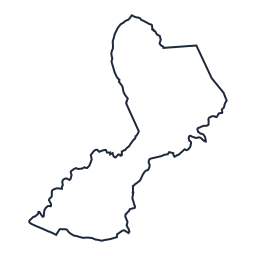 the district of La Magdalena Tlatlauquitepec, Puebla, Mexico
{"feature_id": "50627088B24102510221280", "entity_name": "La Magdalena Tlatlauquitepec", "entity_type": "district", "adm_level": 2, "iso_a3": "MEX", "parent_name": "Mexico", "parent_adm1": "Puebla", "projection": "equal_earth", "projection_center": [-98.104, 18.743], "detail": "fine", "context": "isolated", "style": "outline", "palette": "slate", "viewbox_px": 256, "rotation_deg": 0, "n_neighbors": 0, "source": "geoboundaries", "source_scale": "gbopen_adm2", "svg_char_len": 4905}
<svg xmlns="http://www.w3.org/2000/svg" viewBox="0 0 256 256"><path d="M226.7,100.7L223.6,92.8L211.7,78.2L197.3,47.5L196.4,45.5L163.4,47.9L163.2,46.6L161.4,45.7L160.3,44.6L159.8,44.0L159.6,43.0L160.0,42.0L160.4,40.7L160.8,39.7L160.3,38.2L159.9,36.2L158.3,35.1L157.0,34.6L156.2,33.2L155.4,31.6L154.5,31.0L153.8,30.8L153.7,29.9L153.3,29.5L152.7,29.8L152.2,29.4L152.3,28.5L152.2,27.8L152.2,27.1L152.1,26.3L152.0,25.5L151.8,25.0L150.9,24.4L149.6,24.1L148.3,23.5L147.0,22.7L145.8,22.1L144.2,21.2L143.1,20.7L142.0,20.1L141.4,20.0L141.0,19.6L140.5,18.8L140.0,18.2L139.1,17.9L138.3,17.5L137.1,17.6L136.2,17.3L134.8,16.8L133.9,16.5L132.7,15.7L131.6,15.4L130.7,16.9L129.5,18.5L128.3,19.7L125.4,20.9L123.4,22.7L120.6,24.3L117.8,27.9L116.3,30.9L115.2,33.1L114.4,35.0L114.0,37.2L112.7,41.5L113.0,46.1L112.8,48.9L111.8,51.0L111.3,53.8L111.7,56.0L112.3,58.7L111.5,61.7L113.3,67.7L114.5,72.0L116.9,77.2L119.5,80.0L118.9,81.7L122.2,86.0L122.7,87.7L123.5,91.9L124.8,94.6L127.8,98.6L126.8,100.9L126.3,102.0L126.6,102.2L126.4,102.9L126.2,103.5L138.8,131.3L138.4,132.3L138.0,133.3L137.5,134.1L137.1,134.7L136.5,135.6L135.5,136.3L135.4,137.7L134.7,139.0L134.0,139.3L133.0,140.5L131.7,142.3L130.6,143.8L128.9,146.5L127.1,147.7L126.2,148.7L125.2,150.0L123.5,150.5L122.8,151.1L121.8,151.5L121.9,155.0L121.0,155.7L120.4,155.7L120.1,155.2L119.9,154.7L119.3,154.7L118.7,154.5L118.1,154.7L117.7,155.2L117.1,155.8L116.2,156.8L115.2,157.5L113.6,156.4L112.6,153.1L110.2,154.4L110.1,152.5L109.3,152.8L108.3,152.5L107.0,152.6L106.6,151.6L106.1,150.3L105.6,149.9L104.3,150.1L102.5,150.5L99.2,151.8L97.1,149.7L95.3,150.0L93.8,151.1L90.8,155.0L91.2,156.9L91.7,158.9L91.4,160.3L90.5,162.8L89.3,165.8L87.2,167.9L86.2,168.0L84.4,167.3L82.0,168.6L81.9,168.6L78.1,169.0L76.2,168.1L74.1,168.9L70.9,171.3L70.7,172.2L71.6,175.1L70.4,179.2L69.5,179.9L67.2,178.8L67.0,178.5L65.3,178.5L63.2,179.7L62.2,181.6L62.8,185.1L61.8,187.3L61.9,188.8L59.1,188.5L57.2,188.3L55.9,188.5L54.4,189.1L53.0,189.8L52.8,189.9L52.2,190.5L51.8,191.8L51.8,193.2L51.8,195.0L51.8,196.1L51.4,197.0L49.9,198.3L49.2,199.2L49.0,200.3L49.6,201.3L50.3,202.6L51.0,204.0L51.0,205.7L50.7,206.3L49.1,206.0L47.8,206.1L47.1,206.7L45.7,208.0L45.1,209.0L44.6,209.7L44.1,211.9L43.9,214.5L43.6,216.4L42.9,216.8L42.2,216.2L41.5,215.2L39.9,212.6L39.5,212.0L38.9,211.8L38.4,211.9L38.2,213.5L37.6,214.3L36.5,215.2L35.6,216.1L35.0,216.4L34.6,216.7L33.8,216.7L33.2,217.0L29.3,220.7L29.3,221.8L29.7,222.7L31.6,224.0L34.0,225.1L37.1,226.5L37.6,226.7L43.1,229.0L43.9,229.4L45.8,230.2L48.5,231.5L49.3,231.6L50.7,232.2L52.9,233.2L56.1,234.9L59.7,229.2L65.9,229.3L67.0,229.8L69.0,232.4L70.6,233.6L71.2,234.0L73.9,235.6L76.5,236.0L81.0,237.4L82.7,237.7L84.1,237.9L85.6,237.6L87.9,237.6L90.0,237.8L90.6,237.8L92.4,238.2L94.7,239.2L95.3,239.5L96.9,239.7L98.7,240.0L100.0,240.4L101.4,240.6L102.6,240.6L104.3,240.1L110.6,239.0L116.9,237.1L117.2,234.1L118.8,233.2L121.4,231.3L123.3,230.3L124.5,230.4L128.5,233.0L129.4,231.7L128.6,228.9L127.6,227.6L127.5,227.0L126.6,225.5L127.2,223.4L127.5,221.8L125.3,216.6L125.4,215.1L125.6,214.1L126.5,213.7L127.7,212.0L128.8,211.3L129.7,209.3L131.1,208.8L134.7,207.9L135.0,206.9L134.8,205.6L134.4,205.2L133.6,202.4L133.1,200.3L132.5,199.3L132.5,197.0L133.3,192.6L132.7,192.5L132.8,192.0L132.9,191.6L133.0,190.6L133.0,190.1L132.9,186.0L133.8,185.5L135.1,184.2L137.1,182.8L139.3,181.1L140.2,180.2L142.9,174.4L143.7,173.3L144.5,171.9L146.3,170.4L148.0,170.0L148.9,168.4L149.5,166.7L149.6,164.9L148.7,162.7L148.7,161.4L149.0,160.2L149.6,159.1L151.4,158.4L154.1,157.8L161.9,156.0L163.8,154.9L167.8,154.2L169.2,152.1L173.3,153.2L173.4,154.9L174.5,156.7L176.1,155.9L177.3,155.0L178.4,154.9L181.7,152.0L184.6,149.3L186.7,150.2L187.6,149.7L188.4,149.2L189.2,148.2L190.0,147.2L190.6,145.8L190.8,144.2L191.0,143.4L191.0,142.7L190.9,142.0L190.7,141.6L189.8,141.0L189.3,140.7L189.1,140.1L189.0,139.4L188.8,138.5L188.8,137.7L188.8,137.1L189.2,136.4L189.5,136.0L190.7,135.8L191.4,136.4L192.7,136.9L193.6,137.2L194.9,137.6L196.1,137.9L197.4,137.8L198.7,137.3L200.4,137.7L202.0,139.0L202.9,140.0L203.8,140.6L204.5,141.2L205.8,141.5L205.7,140.1L205.3,138.1L205.0,137.0L204.3,135.8L203.7,135.0L203.0,134.3L202.0,133.9L201.0,133.7L199.7,133.0L199.1,132.4L198.3,132.1L198.1,131.5L197.9,131.1L197.7,130.5L197.6,129.9L197.4,129.3L197.7,128.3L198.8,127.8L199.9,127.4L201.0,126.8L202.6,126.2L203.5,125.9L204.3,125.8L205.3,125.8L206.1,125.8L206.8,125.7L208.2,125.0L208.6,124.2L208.6,122.6L208.6,121.6L208.6,120.7L208.5,120.0L208.4,119.4L208.6,118.7L209.0,118.0L209.4,117.5L210.3,117.1L211.1,116.7L211.7,116.3L213.0,116.2L214.1,116.3L215.0,116.4L215.6,117.0L216.5,117.1L217.4,116.1L217.9,114.9L218.3,114.2L218.9,113.4L219.6,113.4L220.2,113.1L220.9,113.0L222.0,113.0L222.3,112.5L222.1,111.0L221.9,110.2L221.9,109.4L222.5,108.8L223.6,107.9L224.1,106.8L224.4,105.7L224.5,104.8L224.8,103.9L225.2,103.1L225.4,102.5L225.8,101.9L226.2,101.3L226.7,100.7Z" fill="none" stroke="#1e293b" stroke-width="2"/></svg>